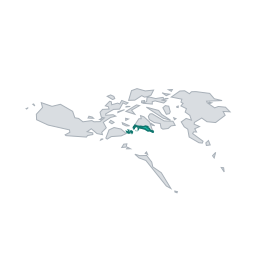 Antique, Antique, Philippines (highlighted), rotated 283°
{"feature_id": "2640588B32523752073662", "entity_name": "Antique", "entity_type": "district", "adm_level": 2, "iso_a3": "PHL", "parent_name": "Philippines", "parent_adm1": "Antique", "projection": "equal_earth", "projection_center": [121.674, 11.308], "detail": "fine", "context": "in_parent", "style": "filled", "palette": "teal", "viewbox_px": 256, "rotation_deg": 283, "n_neighbors": 0, "source": "geoboundaries", "source_scale": "gbopen_adm2", "svg_char_len": 7064}
<svg xmlns="http://www.w3.org/2000/svg" viewBox="0 0 256 256"><g transform="rotate(283 128 128)"><path d="M120.8,35.6L128.7,40.1L133.2,37.8L132.0,49.1L135.9,56.8L131.8,70.3L126.0,73.9L126.2,77.7L123.9,82.7L127.1,91.1L126.4,93.4L127.9,99.3L132.6,102.8L132.5,99.6L137.1,97.2L140.4,99.0L142.2,105.3L144.3,104.1L144.5,100.9L149.9,104.1L149.8,105.8L147.0,106.9L149.9,112.3L149.6,114.6L153.4,115.7L152.5,122.4L150.6,120.7L151.3,117.4L144.5,115.5L142.9,109.8L136.8,103.1L135.4,103.4L137.6,110.5L136.8,113.4L134.4,108.7L128.0,102.6L123.3,106.8L117.9,103.4L115.8,104.6L115.6,99.0L119.0,92.4L115.2,89.0L115.3,94.8L113.7,95.2L111.6,90.3L109.8,89.5L106.6,69.3L107.2,68.3L110.7,72.3L113.0,71.4L112.9,49.5L115.5,37.1L120.8,35.6ZM167.9,163.2L175.7,170.2L177.0,174.9L175.2,180.1L177.6,181.7L178.7,185.8L180.1,199.8L175.9,205.5L175.9,213.5L171.8,198.5L170.4,199.5L167.1,207.9L169.3,211.2L170.2,218.3L166.7,223.8L165.5,217.0L162.2,219.8L153.0,212.1L151.9,203.5L154.3,197.6L148.4,191.4L146.6,191.6L145.5,197.4L142.3,193.2L139.5,195.7L139.0,192.8L137.1,192.2L132.0,204.1L130.0,203.8L129.6,200.5L133.0,189.6L140.3,186.5L141.8,182.5L145.9,178.5L150.4,182.5L149.9,188.1L154.2,185.4L156.4,180.1L160.0,180.6L161.4,174.6L164.4,176.1L165.1,173.8L168.2,174.0L167.9,163.2ZM144.7,170.3L141.2,173.4L139.8,169.6L136.5,167.2L134.7,162.2L135.5,160.2L139.6,158.4L139.2,152.4L141.0,146.8L143.9,145.2L146.7,146.3L147.3,148.3L143.0,161.6L144.7,170.3ZM165.2,123.0L168.4,127.9L168.0,136.5L170.7,144.4L165.2,143.0L163.1,140.2L161.8,137.1L162.6,134.1L156.7,128.4L155.1,122.4L165.2,123.0ZM129.5,132.8L139.4,136.5L140.0,138.8L142.9,137.4L142.5,141.0L138.7,147.7L129.9,153.2L131.5,135.8L129.5,132.8ZM91.9,170.5L78.7,183.4L80.1,178.4L100.4,152.7L101.3,145.5L104.0,140.6L103.7,145.8L105.4,152.4L100.1,158.8L95.7,160.9L91.9,170.5ZM113.2,108.7L121.8,109.9L125.3,114.3L125.4,121.4L122.2,127.5L118.8,123.2L115.9,113.7L112.5,110.2L113.2,108.7ZM158.1,140.2L162.0,139.7L163.0,142.1L162.9,148.3L165.7,155.2L164.3,156.9L162.6,154.3L163.1,159.2L160.4,157.2L160.5,148.3L159.1,145.7L156.8,146.3L155.5,137.4L158.1,140.2ZM145.2,167.7L145.4,160.2L152.4,141.2L152.0,153.9L148.8,157.8L145.2,167.7ZM158.4,162.8L153.3,165.5L151.3,165.1L150.0,162.3L155.6,157.4L158.2,159.3L158.4,162.8ZM143.7,122.2L152.4,131.1L152.4,134.2L146.2,127.5L142.9,131.7L143.7,122.2ZM155.6,107.1L153.7,108.5L152.3,106.6L154.2,100.6L156.3,103.6L155.6,107.1ZM133.9,209.2L130.0,211.9L128.6,208.3L131.0,207.2L133.9,209.2ZM107.6,126.3L111.3,127.5L112.3,130.5L109.0,130.5L107.6,126.3ZM129.5,108.4L131.6,109.5L130.4,113.2L128.5,111.4L129.5,108.4ZM120.0,216.6L124.0,218.9L118.2,218.7L120.0,216.6ZM170.3,160.9L168.1,158.0L170.0,153.3L169.8,156.1L170.3,160.9ZM131.9,121.2L130.5,129.1L129.6,125.9L130.4,122.0L131.9,121.2ZM110.5,227.7L110.8,230.1L106.8,231.6L110.5,227.7ZM130.7,87.3L130.6,90.8L129.7,92.3L128.7,86.8L130.7,87.3ZM138.0,148.9L136.2,153.5L136.2,150.8L138.0,148.9ZM109.2,131.9L108.3,135.1L107.4,131.3L109.2,131.9ZM158.5,138.0L157.1,138.1L155.8,135.5L157.4,135.2L158.5,138.0ZM136.9,123.5L136.9,126.5L134.9,124.1L136.9,123.5ZM175.5,162.6L173.5,162.0L174.4,158.8L175.5,162.6ZM141.6,114.5L145.1,120.5L140.7,114.6L141.6,114.5ZM108.9,151.4L106.6,153.1L107.2,150.4L108.9,151.4ZM148.3,170.2L147.9,172.7L146.5,171.4L148.3,170.2ZM148.8,121.8L149.5,125.4L147.8,120.9L148.8,121.8ZM77.1,190.5L75.9,190.3L76.2,188.1L77.1,187.8L77.1,190.5ZM160.7,172.1L159.2,172.3L159.1,170.9L160.0,170.7L160.7,172.1ZM171.4,203.9L170.3,202.3L170.7,200.7L171.4,201.5L171.4,203.9ZM111.2,104.3L111.8,106.3L110.0,104.0L111.2,104.3ZM165.3,158.0L165.9,160.7L164.2,157.4L165.3,158.0ZM130.2,30.7L128.5,32.3L129.7,29.9L130.2,30.7ZM132.3,101.0L129.9,99.5L129.9,98.4L132.3,101.0ZM123.9,24.4L125.4,26.2L123.7,25.0L123.9,24.4Z" fill="#d9dde1" stroke="#a8b0b8" stroke-width="1"/><path d="M128.7,134.1L128.8,134.2L129.0,134.2L129.3,134.2L129.5,134.0L129.8,134.1L130.0,134.2L130.1,134.3L130.3,134.2L130.4,134.3L130.5,134.5L130.6,134.4L130.9,134.5L131.0,134.5L131.1,134.4L131.2,134.5L131.3,134.6L131.4,134.8L131.5,135.0L131.4,135.4L131.5,135.6L131.5,135.8L131.4,136.0L131.4,136.4L131.4,136.5L131.3,136.8L131.3,137.0L131.2,137.3L131.3,137.7L131.3,137.9L131.2,138.2L131.0,138.4L130.9,138.3L131.0,138.4L131.0,138.5L130.9,139.2L131.0,139.2L130.9,139.2L131.1,139.7L131.0,140.1L131.0,140.3L130.8,140.5L130.7,140.8L131.0,141.4L130.9,141.6L131.0,141.9L130.8,142.2L130.8,142.3L130.8,143.0L130.8,143.4L130.9,143.8L130.8,144.1L131.0,144.7L130.8,144.9L130.8,145.1L130.6,145.5L130.4,145.8L130.2,146.1L130.1,146.7L130.0,147.1L129.9,147.3L129.9,147.5L129.8,147.8L129.8,148.1L129.7,148.3L129.6,148.5L129.7,148.9L129.7,149.0L129.7,148.9L129.8,149.0L130.0,149.3L130.2,149.9L130.2,150.0L130.1,150.5L130.0,150.9L130.1,151.1L130.0,151.4L129.9,151.7L129.8,152.0L129.7,152.1L129.6,152.3L129.5,152.5L129.5,152.8L129.5,153.0L129.5,153.3L129.7,153.5L129.8,153.6L130.0,153.7L130.0,153.8L130.0,153.7L130.2,153.4L130.4,153.4L130.5,153.2L130.7,152.9L130.5,152.6L130.6,152.1L130.6,151.8L130.6,151.7L130.6,151.4L130.7,151.1L130.7,150.8L130.8,150.6L130.9,150.4L131.0,150.1L131.1,149.8L131.3,149.5L131.6,149.3L132.1,148.8L132.3,148.7L132.5,147.8L132.6,147.6L132.8,147.3L133.0,147.3L133.1,147.2L133.3,146.9L133.2,146.7L133.4,146.7L133.5,146.6L133.4,146.5L133.4,146.4L133.6,146.2L133.7,146.3L133.7,146.2L133.8,146.2L133.8,145.9L133.8,145.5L133.8,145.4L133.9,144.9L133.8,144.7L133.7,144.5L132.7,142.7L132.6,142.1L132.6,141.7L132.6,141.2L132.6,140.8L132.6,140.7L132.4,140.3L132.4,140.2L132.5,139.9L132.5,139.7L132.4,139.4L132.2,139.4L132.2,138.9L132.1,138.7L131.8,138.4L131.8,138.0L131.9,137.8L131.9,137.6L132.0,137.6L132.1,137.4L131.9,137.1L131.9,136.7L132.0,136.5L132.0,136.4L131.9,136.2L131.9,135.9L132.0,135.6L132.2,135.2L132.3,135.1L132.3,134.9L132.2,135.0L132.3,134.8L132.2,134.5L132.1,134.4L132.1,134.2L131.9,134.1L131.7,133.9L131.4,133.9L131.2,133.8L131.1,133.6L130.6,133.3L130.5,133.2L130.3,133.2L129.7,133.2L129.4,133.5L129.2,133.6L129.1,134.0L128.7,134.1ZM123.7,128.8L123.5,129.0L123.4,128.9L123.4,129.1L123.5,129.2L123.4,129.3L123.4,129.2L123.4,129.3L123.4,129.2L123.3,129.3L123.5,129.4L123.5,129.7L123.7,129.8L123.4,129.9L123.5,129.9L123.6,130.0L123.6,130.3L123.6,130.5L123.8,130.9L123.9,130.7L124.0,130.6L124.2,130.3L124.2,130.2L124.0,129.9L123.9,129.5L123.9,129.4L123.9,129.5L123.9,129.4L124.0,129.5L123.9,129.4L124.0,129.3L124.0,129.2L124.1,129.3L124.1,129.2L123.9,129.1L123.8,128.9L123.7,128.8ZM124.6,132.6L124.4,132.6L124.2,132.6L124.2,132.8L124.1,133.0L124.3,133.0L124.3,132.9L124.3,133.0L124.5,133.0L124.8,133.2L125.2,133.2L125.3,133.1L125.3,132.9L125.2,132.7L124.9,132.6L124.7,132.6L124.6,132.6ZM125.6,131.2L125.6,131.3L125.4,131.3L125.4,131.5L125.5,131.5L125.4,132.0L125.5,132.2L125.8,132.2L125.9,131.8L125.8,131.7L125.7,131.4L125.6,131.2ZM129.6,138.2L129.2,138.3L129.5,138.4L129.6,138.2L129.6,138.2ZM125.9,129.1L125.7,129.3L125.9,129.3L125.9,129.2L125.9,129.1ZM125.7,130.8L125.6,131.0L125.7,130.9L125.7,130.8ZM127.0,136.3L127.1,136.5L127.1,136.4L127.0,136.3ZM124.3,127.6L124.2,127.7L124.2,127.8L124.3,127.8L124.3,127.6ZM122.7,132.6L122.8,132.7L122.7,132.6Z" fill="#14b8a6" stroke="#0f766e" stroke-width="1.5"/></g></svg>